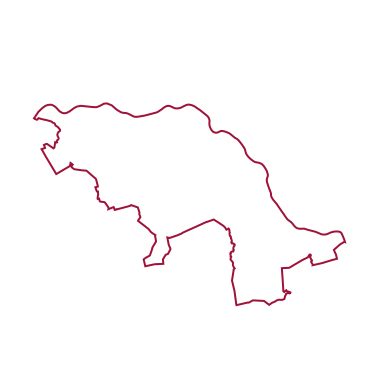 Jaunsvirlaukas pag., Jelgava, Latvia (Albers equal-area conic projection), rotated 339°
{"feature_id": "27541924B87431187138979", "entity_name": "Jaunsvirlaukas pag.", "entity_type": "district", "adm_level": 2, "iso_a3": "LVA", "parent_name": "Latvia", "parent_adm1": "Jelgava", "projection": "albers", "projection_center": [23.886, 56.567], "detail": "fine", "context": "isolated", "style": "outline", "palette": "rose", "viewbox_px": 384, "rotation_deg": 339, "n_neighbors": 0, "source": "geoboundaries", "source_scale": "gbopen_adm2", "svg_char_len": 5874}
<svg xmlns="http://www.w3.org/2000/svg" viewBox="0 0 384 384"><g transform="rotate(339 192 192)"><path d="M93.4,61.5L92.2,60.3L90.4,59.5L88.5,59.1L86.3,59.0L84.5,59.4L82.6,59.9L79.5,61.2L77.2,62.2L72.1,65.8L70.9,66.5L71.3,67.3L72.1,68.0L72.8,68.8L73.2,69.0L73.6,69.0L74.9,68.1L75.3,68.1L77.7,70.0L82.3,73.0L85.5,75.4L86.2,76.1L86.8,77.3L88.0,78.3L88.3,78.8L88.4,79.4L88.4,80.6L88.4,80.9L88.7,81.5L89.9,83.0L90.4,84.2L91.1,86.5L91.0,87.0L90.8,87.5L90.6,87.6L90.3,87.8L89.0,88.1L88.4,88.4L87.5,89.3L86.8,90.3L86.7,90.6L86.6,91.5L86.8,93.5L86.7,94.1L86.4,94.6L86.0,95.0L85.6,95.2L84.7,95.4L83.9,96.0L83.8,96.5L83.8,97.3L83.3,97.3L82.5,97.1L82.0,96.6L80.7,99.1L80.0,100.1L79.7,100.9L79.6,101.0L78.8,101.5L78.3,101.6L73.9,95.2L73.3,94.9L70.7,95.0L70.6,98.2L66.9,98.1L67.4,100.7L67.5,101.8L68.3,107.1L68.8,109.9L71.7,126.6L87.2,124.0L88.0,123.1L89.0,121.4L89.7,122.5L89.8,122.5L90.4,123.8L89.4,124.3L88.8,124.8L88.5,125.5L88.7,126.1L90.0,128.2L90.1,128.4L90.9,128.9L95.4,131.4L97.2,132.4L101.0,134.2L101.6,135.1L104.4,140.5L105.0,141.5L105.5,142.6L106.8,144.8L106.9,145.5L107.0,146.1L106.9,146.7L106.3,152.0L106.0,153.2L103.5,152.9L103.4,154.0L103.4,157.4L104.4,157.9L103.5,160.6L101.5,164.2L101.5,164.7L102.9,164.9L102.6,167.3L102.6,167.5L102.8,167.9L103.1,168.2L106.2,169.8L106.6,170.1L107.0,170.7L107.1,171.1L108.3,175.9L108.4,176.3L108.2,177.5L107.8,178.1L113.4,178.0L113.5,179.4L113.4,180.9L114.8,181.0L114.7,181.2L127.7,182.6L130.1,182.7L130.5,182.4L135.9,187.0L135.6,192.2L134.8,194.1L134.9,196.3L134.7,197.1L131.8,199.0L131.3,199.6L138.2,211.0L139.3,214.6L140.5,216.6L142.4,219.1L141.8,219.8L140.9,224.6L140.6,225.4L135.2,229.6L133.9,231.5L130.1,236.0L129.3,236.3L125.5,236.8L122.9,237.5L122.7,237.7L121.8,244.6L131.4,246.1L139.5,248.8L140.7,244.5L144.9,241.2L147.4,241.2L151.2,237.9L151.5,237.2L151.6,236.8L151.4,235.0L151.5,234.8L151.4,233.8L151.4,232.7L152.7,225.6L154.6,226.9L163.8,227.2L167.5,227.0L169.6,226.6L187.3,225.6L194.9,225.1L195.2,225.3L202.4,225.5L206.2,230.6L207.1,232.0L207.5,232.4L208.8,234.3L209.5,235.5L210.1,236.8L210.3,237.6L210.6,239.5L211.8,239.5L213.0,239.2L213.3,239.9L213.1,241.6L212.7,242.6L212.7,243.5L212.2,244.1L211.7,245.8L211.7,246.2L211.8,246.5L211.8,246.8L212.0,246.8L212.1,247.0L212.2,247.5L212.2,247.8L211.9,248.8L211.7,249.4L211.9,250.2L211.8,250.7L211.7,251.9L211.6,252.1L211.2,252.4L210.7,253.2L210.6,253.3L210.7,253.6L211.1,253.7L211.2,253.9L211.0,254.2L211.0,254.5L211.8,254.8L212.2,255.0L212.5,255.5L212.9,255.9L213.0,256.3L212.6,257.2L212.2,257.3L212.2,257.5L211.5,257.8L211.4,258.1L211.1,258.4L210.6,258.9L210.3,259.8L210.2,260.4L210.0,260.6L210.2,261.0L210.0,261.4L209.8,261.7L209.1,262.3L208.6,261.9L208.4,261.9L207.6,261.9L206.7,262.2L206.3,262.5L206.4,262.8L206.3,263.2L205.8,263.3L205.5,263.7L205.5,264.3L205.4,264.8L205.3,265.4L205.0,265.8L204.9,266.2L205.3,266.5L203.9,268.4L203.8,268.7L203.8,268.9L205.0,272.4L204.0,274.9L204.0,277.2L204.5,278.6L203.2,279.2L203.2,279.4L202.9,279.7L202.2,281.0L197.6,289.0L197.5,289.9L196.2,299.6L193.0,313.1L193.0,313.6L204.0,315.1L205.5,315.6L209.7,315.0L210.5,315.2L220.2,319.5L223.6,325.0L227.2,324.1L230.6,324.0L231.8,323.6L234.2,323.6L236.6,324.6L237.3,325.0L239.9,325.0L241.5,322.7L243.1,321.2L243.3,320.8L243.9,320.6L245.6,320.8L246.6,321.5L247.2,321.0L247.6,321.4L247.9,321.0L247.3,320.4L244.9,318.4L244.7,317.5L242.3,318.4L241.7,317.5L245.2,306.4L248.6,295.3L255.6,297.6L270.3,295.1L276.8,294.5L277.1,294.2L277.6,294.0L277.9,293.5L279.3,292.6L279.9,292.7L280.3,293.2L280.2,293.8L279.9,294.2L279.3,294.6L278.9,295.3L278.9,296.0L279.1,296.4L279.0,297.0L279.4,298.5L279.5,299.1L279.3,299.3L278.5,299.4L278.2,299.8L278.2,300.5L278.3,301.1L278.5,301.6L278.7,302.8L278.6,303.3L278.4,303.6L288.0,305.0L298.0,305.7L303.4,306.3L304.0,302.1L303.8,299.2L303.7,296.9L303.9,296.8L311.7,293.9L315.0,293.4L316.2,293.0L316.9,293.6L317.1,290.9L316.9,285.1L316.8,284.3L316.3,282.9L315.8,282.3L314.9,281.6L313.8,281.1L312.3,280.4L311.1,280.1L309.9,279.8L306.7,279.5L304.5,279.7L302.5,279.7L300.9,279.4L299.4,278.8L298.0,278.1L292.8,273.2L287.1,269.2L283.7,266.5L282.7,266.1L279.5,265.0L277.9,264.0L277.2,263.5L276.5,262.7L275.9,261.6L275.5,260.7L275.0,259.4L274.7,258.1L273.8,255.8L271.5,252.2L271.1,251.2L270.2,247.9L269.8,245.9L268.8,242.2L268.2,239.5L267.2,235.4L266.9,233.7L266.6,233.1L265.9,230.9L265.1,228.7L264.8,227.5L264.4,225.2L264.5,223.9L265.2,221.6L265.3,220.4L265.3,215.1L265.5,210.7L265.6,209.6L265.8,208.5L266.0,207.8L266.9,206.2L268.1,204.8L268.8,203.6L269.0,203.0L269.2,202.0L269.3,199.6L269.3,198.5L268.9,196.1L268.5,194.3L268.1,192.9L267.5,191.6L267.0,190.7L266.5,190.1L264.8,188.6L262.8,187.4L261.2,186.3L259.6,184.0L258.4,182.0L257.3,179.6L256.9,178.4L256.4,176.4L256.3,175.3L256.4,173.5L256.7,171.6L256.5,169.5L255.7,165.9L254.2,161.0L253.3,159.0L251.4,156.6L248.2,151.0L247.5,150.2L245.1,147.9L243.2,146.5L242.3,146.0L241.0,145.5L239.9,145.4L238.4,145.6L237.0,145.6L235.7,145.3L234.7,144.7L233.8,144.0L233.1,143.0L232.7,141.9L232.3,140.6L232.1,139.0L232.1,137.9L232.2,136.2L232.9,133.8L233.7,132.3L234.0,131.5L234.2,130.0L234.1,128.8L234.0,127.7L233.2,125.9L232.3,124.4L231.1,122.3L229.4,119.4L228.3,117.6L227.2,116.2L225.4,113.4L224.2,112.1L223.2,111.1L221.5,109.9L220.4,109.3L219.3,108.9L218.1,108.8L216.8,108.8L211.6,109.3L209.6,109.1L208.2,108.7L207.0,108.2L205.9,107.6L204.4,106.1L203.0,104.6L202.5,104.1L200.9,103.1L199.1,102.7L197.2,102.9L195.5,103.2L194.0,103.8L191.4,104.4L189.7,104.8L188.2,105.0L186.9,105.0L176.0,103.8L171.6,103.0L168.0,102.2L165.8,101.4L164.6,100.6L161.1,96.7L160.2,95.8L158.4,94.4L157.6,94.2L155.9,93.2L155.1,92.8L154.2,92.0L152.0,89.2L150.9,87.6L148.1,82.3L144.3,78.8L141.5,78.0L136.7,78.6L133.5,78.6L130.5,77.5L119.1,71.7L115.1,71.0L111.9,71.4L106.9,72.8L104.6,73.1L103.6,73.2L102.4,73.1L100.9,72.7L99.8,72.1L98.6,70.9L97.8,69.9L97.0,68.6L95.5,64.7L94.8,63.4L94.2,62.4L93.4,61.5Z" fill="none" stroke="#9f1239" stroke-width="2"/></g></svg>